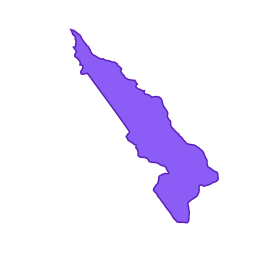 the district of João Ramalho, São Paulo, Brazil, rotated 305°
{"feature_id": "56859067B2602022152952", "entity_name": "João Ramalho", "entity_type": "district", "adm_level": 2, "iso_a3": "BRA", "parent_name": "Brazil", "parent_adm1": "São Paulo", "projection": "robinson", "projection_center": [-50.796, -22.233], "detail": "fine", "context": "isolated", "style": "filled", "palette": "violet", "viewbox_px": 256, "rotation_deg": 305, "n_neighbors": 0, "source": "geoboundaries", "source_scale": "gbopen_adm2", "svg_char_len": 3121}
<svg xmlns="http://www.w3.org/2000/svg" viewBox="0 0 256 256"><g transform="rotate(305 128 128)"><path d="M142.8,226.3L142.3,224.2L142.2,222.5L142.2,220.6L142.4,218.5L141.8,216.5L142.9,214.6L144.1,213.0L145.7,212.2L147.1,210.9L148.2,208.6L149.2,206.9L151.0,204.2L151.9,202.2L152.0,200.4L152.1,198.8L152.4,197.1L152.2,195.3L152.3,193.5L151.9,191.9L151.1,190.1L150.2,188.6L149.9,187.2L149.0,186.3L149.1,184.3L149.7,182.2L150.0,180.0L150.6,178.8L151.1,177.2L151.1,175.2L152.0,173.2L152.2,171.1L152.5,168.4L153.0,166.6L153.5,164.6L153.6,162.7L154.6,161.7L155.9,160.5L157.0,159.7L158.1,158.7L158.7,156.0L159.7,154.0L161.0,153.0L162.4,152.4L163.5,151.5L164.4,149.8L164.9,148.2L165.6,146.4L166.5,144.2L169.0,141.1L170.3,139.7L171.0,138.1L171.3,136.0L170.2,133.6L168.8,131.5L166.7,129.8L167.2,127.4L166.8,125.1L165.5,122.3L166.4,120.8L168.0,120.1L166.8,118.6L166.6,116.1L166.0,114.2L166.0,112.6L166.0,111.1L167.2,110.3L169.3,110.6L170.1,107.9L171.0,106.3L169.7,104.3L167.8,100.0L167.6,96.1L168.8,94.6L168.8,92.6L169.6,91.2L170.2,89.4L172.7,88.9L173.3,86.8L173.3,85.3L173.2,83.6L174.3,82.5L174.2,79.0L173.0,77.4L172.7,75.4L171.8,73.0L171.0,71.6L170.4,70.3L170.6,68.2L169.6,67.3L168.9,65.6L168.4,63.4L168.4,61.1L168.2,59.3L168.0,57.2L168.2,55.7L169.2,53.7L170.5,51.9L171.0,50.6L171.9,48.8L171.9,46.8L172.7,45.5L172.8,44.0L173.3,42.5L174.2,40.2L174.7,38.9L175.6,37.4L176.4,35.6L176.6,34.1L176.6,32.4L176.8,30.1L176.8,27.5L176.3,26.1L175.8,24.7L174.5,27.1L172.9,29.3L172.7,32.3L170.8,33.6L169.8,34.9L168.6,36.2L166.7,36.9L165.6,37.9L164.3,38.1L162.9,36.9L161.9,39.7L161.2,41.9L159.0,42.2L157.3,42.4L156.0,43.6L156.1,46.5L155.6,48.2L154.6,51.1L153.3,51.9L152.1,52.4L153.1,54.7L152.2,56.0L150.9,56.5L149.6,56.8L146.9,57.0L145.6,58.3L145.6,59.7L149.5,63.4L134.1,108.5L125.9,131.4L124.5,131.8L122.4,131.3L119.6,131.6L119.3,133.1L118.0,135.1L118.2,137.6L118.3,139.6L118.1,142.3L118.7,144.4L116.2,145.9L115.6,148.4L114.0,150.2L112.6,151.1L111.1,152.2L111.1,154.8L112.1,156.4L113.2,158.3L113.8,159.7L114.1,161.1L113.3,163.2L112.7,164.7L113.1,166.1L114.1,168.1L115.2,169.9L116.0,171.6L116.4,173.0L116.3,175.2L116.7,176.9L117.2,178.6L117.8,180.8L116.7,182.9L115.6,184.5L115.4,185.9L114.4,187.5L113.2,186.4L112.1,184.5L110.6,183.4L109.5,182.7L108.0,182.0L106.6,181.2L105.0,181.6L103.8,182.5L102.2,183.2L100.8,183.7L99.6,184.3L98.2,183.8L96.7,183.8L95.2,183.7L93.0,183.9L91.4,184.8L91.0,186.6L90.7,188.6L90.0,190.3L89.2,191.6L88.7,193.5L88.3,195.1L87.5,197.0L86.9,198.9L86.3,200.7L85.8,202.2L84.9,204.3L84.2,206.7L83.7,208.4L83.0,210.6L81.9,213.5L80.8,215.9L79.9,218.1L79.7,220.2L79.2,222.2L80.3,224.3L81.2,225.6L82.1,226.8L83.3,228.9L84.2,230.7L86.2,231.1L87.8,230.3L89.4,229.4L90.9,228.3L92.8,227.4L94.6,226.1L95.6,225.1L96.8,223.9L98.2,222.8L99.1,221.5L100.1,220.5L101.5,220.1L103.1,220.3L105.4,221.1L106.7,221.6L108.4,222.2L109.9,223.0L112.0,223.5L113.9,223.3L115.9,222.9L118.0,221.9L120.0,220.2L121.8,219.6L123.3,220.4L123.8,221.8L123.7,223.4L125.1,224.5L126.4,225.6L127.8,226.7L129.3,227.7L132.1,228.9L134.3,230.6L136.1,231.3L138.1,231.1L140.4,229.0L142.0,227.7L142.8,226.3Z" fill="#8b5cf6" stroke="#5b21b6" stroke-width="1.5"/></g></svg>